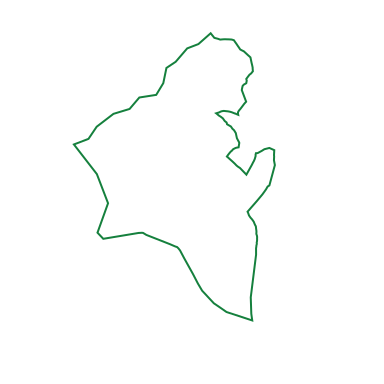 Old Tafo Municipal, Ashanti, Ghana (Albers equal-area conic projection), rotated 69°
{"feature_id": "2480657B10806173713075", "entity_name": "Old Tafo Municipal", "entity_type": "district", "adm_level": 2, "iso_a3": "GHA", "parent_name": "Ghana", "parent_adm1": "Ashanti", "projection": "albers", "projection_center": [-1.61, 6.738], "detail": "fine", "context": "isolated", "style": "outline", "palette": "green", "viewbox_px": 384, "rotation_deg": 69, "n_neighbors": 0, "source": "geoboundaries", "source_scale": "gbopen_adm2", "svg_char_len": 2372}
<svg xmlns="http://www.w3.org/2000/svg" viewBox="0 0 384 384"><g transform="rotate(69 192 192)"><path d="M50.5,117.7L56.2,133.0L56.2,145.0L64.6,160.6L67.0,171.4L80.1,179.8L88.5,190.6L84.9,207.3L92.1,220.5L90.9,237.3L96.9,257.6L105.3,269.6L105.3,285.2L141.2,274.4L172.4,274.4L196.1,294.8L203.9,291.6L211.1,256.5L211.6,255.0L212.1,253.4L212.7,252.3L215.7,250.0L232.8,231.3L237.0,227.0L238.0,225.7L239.7,224.9L242.3,224.1L251.3,223.0L268.9,220.5L279.5,219.3L287.8,217.9L303.7,211.5L309.9,207.2L316.4,202.8L333.5,181.8L327.0,180.3L311.4,174.9L273.4,154.6L267.6,152.4L267.2,152.2L266.2,151.6L265.3,151.2L264.4,150.6L263.7,150.1L262.4,149.7L261.3,149.0L260.1,148.4L258.7,147.9L257.3,147.3L255.8,147.0L254.7,147.0L254.2,146.9L253.8,146.8L253.2,146.5L252.0,146.0L251.0,145.7L249.6,145.4L248.1,145.0L246.9,144.7L245.6,144.9L244.0,145.0L242.0,145.0L240.3,145.4L238.6,145.9L237.1,146.5L235.6,146.9L234.1,147.2L232.0,147.1L230.3,147.2L223.7,134.7L219.4,127.0L216.1,122.0L214.0,119.4L213.6,117.4L196.6,105.0L191.7,104.1L188.3,102.6L186.9,102.2L182.4,100.2L178.6,104.0L178.3,106.6L178.0,109.1L178.6,112.1L179.2,116.8L178.7,118.4L180.0,119.3L181.2,119.7L183.8,121.7L185.4,123.3L186.2,124.3L188.3,126.6L195.3,135.0L186.8,138.6L184.7,140.1L183.1,141.0L180.9,141.9L178.0,143.3L175.1,144.8L173.1,145.8L171.4,146.7L170.0,144.6L169.5,143.7L169.0,142.9L168.3,141.6L167.9,140.6L167.6,139.6L167.2,139.1L166.7,137.9L166.7,137.2L166.5,135.7L166.6,134.4L167.0,132.5L163.2,130.3L162.8,130.2L157.9,130.8L152.7,130.0L149.4,130.6L147.4,131.6L144.8,132.2L141.3,135.0L139.5,134.8L137.5,136.0L134.3,136.8L132.0,138.2L130.3,139.5L129.6,139.9L128.6,140.4L127.7,140.9L127.2,141.2L127.4,138.1L127.4,137.7L127.2,136.7L127.3,135.0L127.7,133.2L128.8,131.1L129.6,129.5L130.8,127.6L131.9,126.2L134.2,123.7L134.3,123.4L135.1,122.7L136.5,121.2L135.3,121.0L134.1,120.5L133.4,119.8L132.6,118.6L131.8,117.1L129.5,113.4L128.3,111.5L127.1,109.1L114.7,109.0L113.5,108.3L111.1,106.7L110.3,105.1L109.9,102.4L107.7,101.0L105.9,100.8L104.5,98.6L103.1,96.3L102.5,94.3L101.8,93.1L101.1,91.9L98.4,91.1L97.6,90.8L95.2,90.4L92.8,90.1L88.5,89.4L87.3,89.2L86.0,89.8L84.7,90.5L79.2,93.2L79.0,93.4L78.7,93.7L77.5,94.8L76.2,95.9L73.5,96.5L72.4,96.8L69.7,97.4L67.0,98.1L65.3,98.5L63.9,100.3L63.2,101.8L62.8,102.7L61.0,107.0L60.4,109.0L59.8,111.1L58.4,112.7L56.1,115.9L50.5,117.7Z" fill="none" stroke="#15803d" stroke-width="2"/></g></svg>